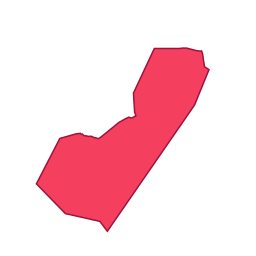 the Parish of Saint James, rotated 218°
{"feature_id": "BRB-1992", "entity_name": "Saint James", "entity_type": "Parish", "adm_level": 1, "iso_a3": "BRB", "parent_name": "Barbados", "parent_adm1": "", "projection": "mercator", "projection_center": [-59.619, 13.191], "detail": "fine", "context": "isolated", "style": "filled", "palette": "rose", "viewbox_px": 256, "rotation_deg": 218, "n_neighbors": 0, "source": "natural_earth", "source_scale": "10m", "svg_char_len": 844}
<svg xmlns="http://www.w3.org/2000/svg" viewBox="0 0 256 256"><g transform="rotate(218 128 128)"><path d="M100.1,223.8L89.7,187.1L80.7,33.9L92.7,37.1L124.6,22.0L165.8,27.6L175.3,77.8L165.1,91.7L162.3,94.4L162.0,94.2L161.6,94.1L161.4,94.2L161.0,94.6L160.5,95.0L160.2,95.1L159.6,95.0L159.3,95.0L158.8,94.9L158.1,94.9L157.7,95.0L157.2,95.3L156.0,96.1L155.7,96.3L155.0,96.6L154.7,96.7L154.4,96.7L152.4,98.5L151.7,98.9L151.2,99.1L150.9,99.1L150.6,99.3L149.9,99.3L149.5,99.3L149.1,99.4L148.2,100.1L144.7,101.4L143.6,104.8L138.6,126.8L135.9,133.3L134.0,137.1L132.0,137.7L131.3,138.2L130.8,138.9L130.1,140.7L129.7,141.7L129.2,142.1L130.1,143.1L132.6,144.6L145.2,158.9L156.2,206.9L136.0,222.7L134.3,224.5L130.9,227.1L121.5,231.2L117.6,233.6L117.5,234.0L115.2,232.6L105.5,223.4L100.1,223.8Z" fill="#f43f5e" stroke="#9f1239" stroke-width="1.5"/></g></svg>